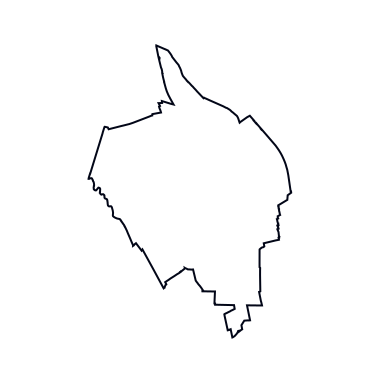 outline of Bodegraven-Reeuwijk, Zuid-Holland, Netherlands, rotated 257°
{"feature_id": "6326949B27886960256598", "entity_name": "Bodegraven-Reeuwijk", "entity_type": "district", "adm_level": 2, "iso_a3": "NLD", "parent_name": "Netherlands", "parent_adm1": "Zuid-Holland", "projection": "robinson", "projection_center": [4.773, 52.068], "detail": "fine", "context": "isolated", "style": "outline", "palette": "ink", "viewbox_px": 384, "rotation_deg": 257, "n_neighbors": 0, "source": "geoboundaries", "source_scale": "gbopen_adm2", "svg_char_len": 5521}
<svg xmlns="http://www.w3.org/2000/svg" viewBox="0 0 384 384"><g transform="rotate(257 192 192)"><path d="M342.8,190.2L342.2,190.0L338.2,189.9L332.3,189.7L329.7,189.7L330.2,190.5L329.9,190.6L328.3,189.9L327.4,189.7L320.3,189.8L318.6,190.1L316.8,190.1L315.1,189.9L314.8,189.7L314.1,190.0L313.9,189.7L311.1,189.6L308.4,189.6L305.5,189.7L305.4,189.5L305.1,189.5L304.1,189.6L299.0,189.8L295.7,190.1L291.8,190.8L287.6,191.9L281.4,193.7L282.8,191.0L283.3,190.2L287.4,183.1L285.5,182.9L286.0,179.9L286.1,179.4L284.1,179.9L283.0,180.2L282.6,179.1L280.6,179.2L279.1,179.5L278.1,179.6L276.8,179.7L276.4,179.7L276.8,170.9L276.1,170.6L275.5,170.5L275.5,169.6L275.1,167.2L272.7,150.1L272.6,149.1L272.3,146.1L272.3,145.0L272.2,140.1L272.2,138.3L271.9,124.9L273.8,124.5L274.5,123.1L275.1,121.8L275.2,121.6L275.1,121.4L274.8,121.2L270.4,118.6L269.0,117.9L264.7,115.4L249.5,106.6L232.9,97.0L232.6,96.8L232.7,96.7L229.4,94.8L228.5,94.3L228.1,94.2L228.0,94.9L228.3,95.0L228.2,95.3L228.3,95.6L228.2,96.2L228.2,96.5L228.1,97.1L227.9,97.4L227.8,97.5L227.3,97.7L226.8,97.7L225.9,98.0L225.7,98.1L225.3,98.0L224.6,98.1L223.9,98.4L223.6,98.4L222.7,98.4L221.7,98.3L220.8,98.2L220.2,97.8L219.8,97.7L219.7,97.8L219.3,97.6L219.1,97.4L218.6,97.2L217.2,97.0L216.9,97.1L216.7,97.0L215.7,97.6L215.3,98.4L215.2,98.5L215.2,98.8L215.4,98.8L215.5,99.3L215.7,99.7L216.9,101.2L217.3,101.8L217.2,102.1L216.9,102.5L216.7,102.9L216.4,103.0L215.9,103.2L215.5,103.2L213.5,102.6L213.4,102.5L212.5,102.2L212.5,102.3L212.2,102.2L211.6,102.1L210.4,102.5L210.0,102.9L210.1,103.0L209.9,103.9L209.9,104.8L209.6,105.2L209.3,105.3L208.9,105.7L208.4,105.9L208.0,105.7L207.3,105.7L206.4,105.5L205.9,105.5L205.2,105.9L204.4,107.1L203.8,107.6L203.0,107.5L202.7,107.6L202.2,107.6L201.6,107.5L201.5,107.4L201.2,107.4L200.4,107.4L199.7,107.2L198.1,107.1L197.7,107.1L197.4,107.3L197.0,107.6L196.6,108.0L196.5,108.4L196.5,108.9L196.5,109.0L196.3,109.8L196.2,109.9L196.2,110.0L195.7,110.3L194.6,110.5L193.7,110.5L192.1,110.6L191.6,110.6L189.4,110.4L187.9,109.9L186.9,109.6L186.3,109.6L185.8,109.9L185.4,110.2L184.2,111.4L183.1,112.9L182.7,113.7L182.0,115.3L181.7,115.7L181.3,115.9L180.7,116.0L179.7,116.4L179.8,116.5L178.4,117.0L178.2,117.1L178.3,117.1L177.7,117.3L177.2,117.4L177.2,117.5L176.2,117.9L175.0,118.4L174.6,118.5L174.4,118.4L173.7,118.6L173.8,118.7L173.1,118.9L169.0,119.8L166.5,120.2L160.0,121.4L158.1,121.7L153.7,122.5L153.1,122.6L152.8,122.5L153.1,123.3L153.7,124.0L154.3,124.9L154.3,125.1L154.7,125.9L146.2,129.7L147.2,130.8L126.3,136.7L104.5,142.7L105.0,143.6L105.0,143.8L105.3,143.9L105.7,144.1L107.3,145.2L107.7,146.2L108.0,146.2L110.2,145.6L111.4,148.7L111.6,149.4L112.0,150.2L112.6,151.7L114.0,155.7L115.4,159.4L115.7,160.6L116.4,162.3L116.5,162.6L116.8,162.5L116.9,162.9L117.1,163.2L116.9,163.3L118.6,166.9L119.4,167.9L119.7,167.9L119.3,168.3L118.8,169.0L118.3,169.7L117.8,170.2L117.5,170.6L117.1,172.2L116.5,174.1L116.3,175.6L104.8,175.7L102.9,176.5L101.9,177.0L100.8,177.4L98.2,178.8L97.4,179.1L96.3,179.6L93.8,180.5L93.3,180.8L93.3,180.6L93.1,180.5L93.3,179.9L92.9,179.8L89.9,192.0L78.4,188.8L78.2,189.4L77.0,189.1L73.1,204.4L72.3,207.5L68.5,207.3L67.9,205.0L67.6,203.4L67.2,202.4L66.6,199.8L66.3,198.7L66.2,198.4L66.2,198.0L66.1,197.7L65.8,196.4L65.6,196.0L63.9,195.9L49.2,195.7L49.2,196.8L49.5,196.8L49.5,197.6L49.5,198.3L49.6,198.8L41.2,198.6L41.3,199.2L42.0,201.1L43.5,203.3L43.9,203.8L45.0,204.9L46.2,205.7L46.2,206.6L45.4,206.5L46.3,208.4L46.8,209.5L46.9,210.0L51.1,210.2L54.9,214.0L54.4,217.1L54.2,218.1L54.1,218.3L54.0,218.8L53.9,219.7L69.2,220.1L65.9,233.7L65.7,234.7L69.0,234.7L70.4,234.6L79.5,234.9L79.5,235.4L79.6,235.6L79.7,235.9L79.8,236.2L95.6,239.6L100.3,240.7L102.6,241.3L102.7,241.2L103.1,241.2L103.5,240.9L108.3,242.0L120.7,244.9L120.9,245.0L121.4,245.9L122.1,247.4L122.2,247.9L122.2,249.1L122.7,250.2L125.9,250.4L126.0,262.2L126.0,262.9L125.9,265.0L125.9,265.5L125.9,266.0L127.1,266.1L127.7,266.0L127.8,266.7L128.2,266.8L128.7,266.5L129.3,266.3L129.2,266.4L129.3,266.9L129.5,266.8L131.1,267.0L132.8,267.2L133.5,267.3L135.8,266.9L135.8,267.0L136.6,266.9L136.8,268.1L137.6,268.0L138.7,268.1L138.6,267.8L140.2,267.6L140.4,268.9L141.2,268.7L141.5,268.8L141.5,268.7L144.4,268.6L145.5,268.7L146.5,268.6L146.8,270.0L148.1,269.8L148.8,270.1L149.1,270.1L149.8,272.7L150.5,272.6L153.2,272.7L153.8,272.6L155.2,272.8L156.0,272.7L156.1,273.0L158.2,272.8L158.3,273.1L159.2,273.0L159.6,273.0L162.9,283.1L167.3,284.5L169.0,288.5L169.9,288.6L169.8,288.2L186.6,289.6L189.3,289.7L192.2,289.8L195.5,289.6L197.8,289.5L200.3,289.2L203.3,288.7L207.1,287.9L209.7,287.2L213.0,286.1L215.3,285.2L218.2,284.0L221.1,282.5L236.9,274.2L236.8,273.9L237.9,273.3L238.0,273.6L243.8,270.5L243.7,270.3L244.2,270.0L244.3,270.3L244.9,270.0L244.8,269.7L245.2,269.5L246.2,269.0L247.6,268.2L247.7,268.5L253.3,265.5L252.5,262.6L249.3,254.8L249.0,254.4L248.8,254.0L249.6,253.9L253.3,253.6L254.7,253.3L256.0,252.9L258.8,250.8L260.2,249.8L261.7,248.5L262.0,248.4L262.5,248.1L263.6,247.3L266.0,244.9L266.4,244.1L268.4,241.8L277.1,230.2L279.8,226.7L280.8,225.3L280.8,225.1L281.0,225.1L281.2,224.9L281.3,224.8L281.3,224.5L281.0,224.2L288.8,219.6L290.7,218.6L292.9,217.3L294.6,216.4L295.4,215.8L298.8,213.9L300.5,212.8L300.4,212.7L302.1,211.7L302.3,211.7L302.6,211.7L304.1,210.8L305.3,210.2L306.2,209.7L307.3,209.2L308.6,209.0L309.9,208.8L311.3,208.7L312.6,208.7L314.6,208.4L315.7,208.2L317.5,207.7L318.5,207.6L318.9,207.4L320.0,206.9L321.7,206.0L328.0,203.1L328.3,203.0L329.2,202.9L331.0,202.3L332.7,201.6L335.3,200.4L342.8,190.2Z" fill="none" stroke="#020617" stroke-width="2"/></g></svg>